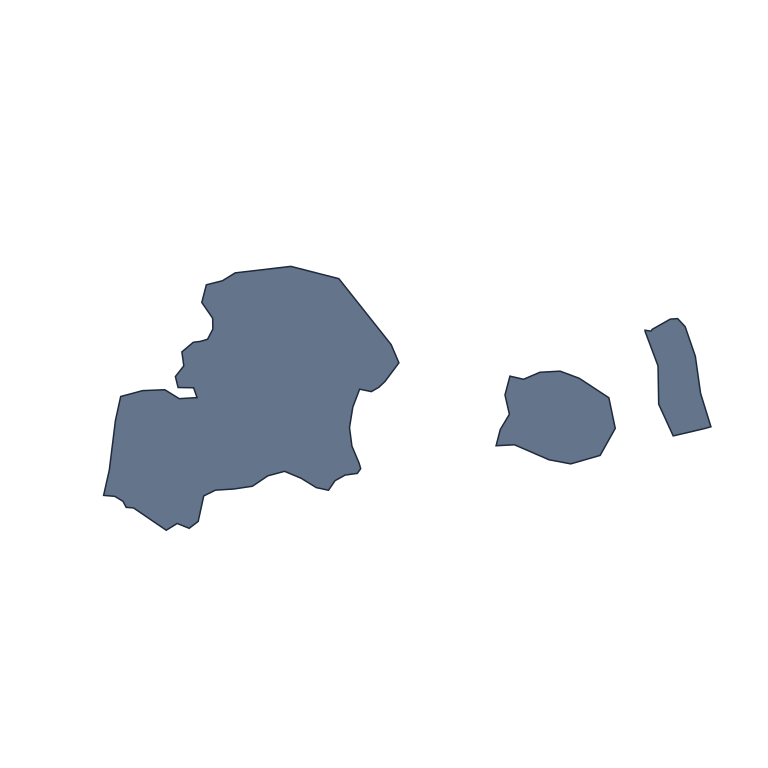 an SVG outline of Comrat, rotated 249°
{"feature_id": "MDA-1626", "entity_name": "Comrat", "entity_type": "Autonomous Territory", "adm_level": 1, "iso_a3": "MDA", "parent_name": "Moldova", "parent_adm1": "", "projection": "robinson", "projection_center": [28.549, 46.002], "detail": "fine", "context": "isolated", "style": "filled", "palette": "slate", "viewbox_px": 768, "rotation_deg": 249, "n_neighbors": 0, "source": "natural_earth", "source_scale": "10m", "svg_char_len": 1247}
<svg xmlns="http://www.w3.org/2000/svg" viewBox="0 0 768 768"><g transform="rotate(249 384 384)"><path d="M380.5,82.3L402.1,96.7L446.2,120.2L466.7,133.7L464.3,156.4L457.2,177.3L443.7,187.6L438.3,204.6L448.7,204.9L454.5,190.5L465.7,191.9L472.7,203.6L486.4,206.8L491.3,220.9L489.6,227.8L489.0,235.3L496.6,243.9L506.8,247.6L525.4,243.1L540.3,253.7L538.3,270.2L541.1,284.9L527.2,339.2L498.5,379.6L418.2,404.8L398.4,405.5L386.1,386.0L382.8,378.1L381.4,369.5L387.9,359.4L373.6,346.6L355.7,336.2L337.5,331.8L318.9,332.4L313.3,331.9L310.1,327.0L312.9,315.1L311.3,303.7L304.7,294.1L311.5,283.7L325.6,272.9L338.1,259.9L339.9,242.7L335.7,224.5L339.8,206.1L345.3,188.6L344.1,175.6L322.3,161.3L319.1,150.4L327.9,140.9L325.5,128.3L358.1,105.7L361.2,99.1L368.0,98.3L375.6,92.4L380.5,82.3ZM290.6,589.0L259.7,584.0L239.9,560.2L242.5,529.7L254.1,510.9L280.5,484.0L286.2,466.5L299.8,476.2L310.8,490.2L330.4,493.0L346.2,504.4L338.4,516.0L339.1,533.7L332.9,553.0L319.4,568.3L290.6,589.0ZM340.7,647.0L338.0,651.5L337.9,652.8L338.9,653.9L342.0,674.5L339.8,681.6L329.6,685.7L298.3,684.6L261.8,676.2L227.0,673.9L226.9,673.9L227.5,667.5L231.9,635.4L266.7,633.2L302.7,646.3L339.5,646.6L340.4,646.9L340.7,647.0Z" fill="#64748b" stroke="#1e293b" stroke-width="1.5"/></g></svg>